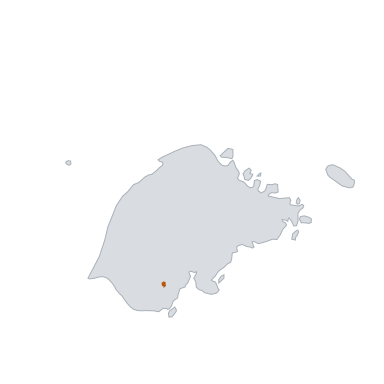 Songpa-gu, Seoul, South Korea shown in context, rotated 232°
{"feature_id": "91817680B10131618900015", "entity_name": "Songpa-gu", "entity_type": "district", "adm_level": 2, "iso_a3": "KOR", "parent_name": "South Korea", "parent_adm1": "Seoul", "projection": "robinson", "projection_center": [127.12, 37.494], "detail": "fine", "context": "in_parent", "style": "filled", "palette": "amber", "viewbox_px": 384, "rotation_deg": 232, "n_neighbors": 0, "source": "geoboundaries", "source_scale": "gbopen_adm2", "svg_char_len": 3622}
<svg xmlns="http://www.w3.org/2000/svg" viewBox="0 0 384 384"><g transform="rotate(232 192 192)"><path d="M116.8,98.8L118.0,97.9L118.1,96.5L118.1,92.1L121.7,89.0L126.9,82.7L129.4,79.2L132.2,76.0L135.5,73.8L138.8,72.8L143.9,72.4L153.6,72.8L155.6,72.4L162.4,72.1L164.0,72.6L168.9,73.0L174.4,72.6L177.1,71.7L179.7,70.1L181.9,67.2L184.2,61.9L186.6,57.7L188.1,56.9L198.2,79.2L207.8,93.6L216.1,104.0L227.9,124.1L231.4,134.8L231.8,141.4L233.8,150.6L232.2,155.8L232.8,164.1L232.1,168.3L230.7,171.4L230.7,177.4L231.2,180.6L231.2,184.9L232.2,186.6L233.5,187.2L235.6,185.6L238.3,185.0L237.8,190.1L234.8,203.1L232.1,212.5L228.5,220.7L223.7,228.2L218.1,231.2L214.0,232.2L206.4,232.6L200.0,231.3L194.5,232.2L192.4,233.8L190.7,236.5L192.0,240.7L191.8,243.7L189.5,243.5L184.8,241.7L179.7,241.5L177.3,240.6L174.8,236.2L172.4,236.3L168.1,239.0L161.5,239.5L159.2,240.9L158.3,242.8L159.3,245.1L162.6,248.1L161.5,251.2L158.1,252.7L155.3,249.0L153.5,245.3L151.6,245.0L148.6,246.1L148.0,250.1L149.4,252.8L151.7,256.0L148.4,259.6L147.6,262.2L145.3,264.1L139.0,259.9L139.9,257.0L142.6,254.2L142.9,251.2L142.0,249.5L133.0,256.9L127.5,265.3L124.5,264.7L123.3,262.5L121.5,261.6L115.5,267.1L114.4,271.4L112.2,271.5L111.2,269.7L111.2,265.8L110.1,262.5L103.9,257.8L101.1,253.6L102.6,251.3L107.8,252.5L111.9,252.4L111.1,250.4L109.8,249.4L112.5,248.3L114.8,246.0L112.9,245.4L110.0,246.7L107.6,246.1L106.7,240.6L103.8,235.0L102.3,229.6L105.2,226.5L106.7,221.6L109.4,214.6L110.7,212.3L114.4,210.7L115.8,208.9L113.7,207.9L110.5,207.1L110.6,205.1L112.8,204.0L115.2,201.7L120.1,199.0L121.5,193.9L120.2,192.6L117.2,191.4L117.8,188.8L119.1,186.8L118.6,185.6L115.1,182.3L112.8,179.2L113.5,175.8L112.9,170.5L113.3,166.1L113.1,163.7L111.4,158.3L110.6,153.0L108.4,153.8L106.6,155.1L100.0,153.2L98.0,153.1L97.2,149.1L99.5,144.1L105.1,139.8L108.2,139.3L110.7,137.4L114.4,136.8L118.9,139.7L122.9,140.3L125.1,145.4L126.5,146.5L126.8,144.6L130.1,142.4L130.8,140.7L130.1,139.8L126.4,138.9L123.0,132.6L122.6,129.9L121.4,128.1L123.2,123.0L119.3,117.3L117.4,115.5L117.7,110.3L115.7,107.0L114.6,105.2L113.9,102.1L114.5,100.7L116.2,100.1L116.8,98.8ZM103.5,326.0L101.7,327.1L99.9,326.4L99.4,325.9L97.3,323.0L96.8,321.6L98.2,318.8L104.0,314.2L119.0,309.7L121.7,309.5L127.6,311.4L128.8,315.0L127.8,318.0L126.4,320.1L119.5,323.6L114.2,325.2L103.5,326.0ZM204.2,247.3L200.3,250.4L195.0,246.3L193.7,244.0L197.7,240.7L201.1,236.8L203.3,236.6L204.2,247.3ZM176.1,247.0L175.6,251.8L172.7,252.1L170.9,248.9L169.1,250.5L168.1,250.5L166.6,246.6L166.4,243.5L169.8,241.2L171.9,242.6L174.9,243.3L176.1,247.0ZM99.8,268.7L97.1,269.5L95.6,267.8L94.6,267.3L95.2,265.0L99.5,260.6L100.4,259.1L104.4,260.0L105.9,262.3L104.0,265.9L99.8,268.7ZM112.1,101.1L111.9,107.6L109.6,107.3L108.1,106.7L107.4,105.4L105.9,99.3L107.7,96.8L111.0,98.8L112.1,101.1ZM97.3,250.7L96.7,251.9L94.9,251.5L93.1,248.1L92.3,245.4L90.5,243.9L93.4,241.5L97.1,245.8L97.3,250.7ZM107.7,163.0L107.1,166.2L104.4,164.1L103.7,157.0L106.5,159.1L107.7,163.0ZM292.8,113.9L291.0,115.4L288.8,113.9L288.5,112.3L289.6,111.0L292.3,110.2L293.5,111.4L292.8,113.9ZM121.4,270.0L122.1,272.4L118.8,272.0L117.0,269.7L117.2,267.7L119.2,267.4L121.4,270.0ZM165.0,256.5L164.5,258.0L162.4,255.7L164.5,253.1L165.0,256.5Z" fill="#d9dde1" stroke="#a8b0b8" stroke-width="1"/><path d="M138.2,112.4L136.8,111.9L136.9,111.6L136.3,111.5L135.7,112.2L135.3,112.5L134.9,112.4L134.7,112.2L134.7,112.6L134.7,112.9L134.8,113.2L135.3,113.6L135.7,113.6L136.2,113.5L136.3,113.7L136.4,113.9L136.6,114.3L137.3,114.8L137.6,114.4L138.0,114.3L138.2,114.1L138.5,113.7L138.2,113.2L137.9,112.9L138.0,112.7L138.2,112.4Z" fill="#f59e0b" stroke="#b45309" stroke-width="1.5"/></g></svg>